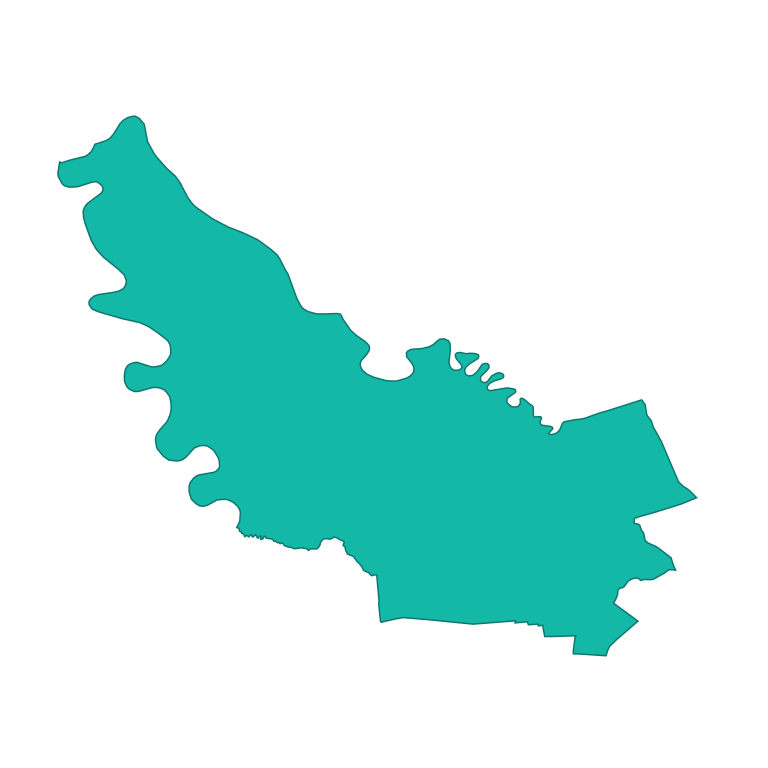 outline of Vi Thanh, Hau Giang, Vietnam, rotated 82°
{"feature_id": "81297802B29627750987730", "entity_name": "Vi Thanh", "entity_type": "district", "adm_level": 2, "iso_a3": "VNM", "parent_name": "Vietnam", "parent_adm1": "Hau Giang", "projection": "natural_earth1", "projection_center": [105.433, 9.753], "detail": "fine", "context": "isolated", "style": "filled", "palette": "teal", "viewbox_px": 768, "rotation_deg": 82, "n_neighbors": 0, "source": "geoboundaries", "source_scale": "gbopen_adm2", "svg_char_len": 6159}
<svg xmlns="http://www.w3.org/2000/svg" viewBox="0 0 768 768"><g transform="rotate(82 384 384)"><path d="M441.6,166.3L442.5,173.3L445.9,190.0L446.2,195.0L445.9,199.3L446.5,210.9L447.9,212.9L452.8,215.6L455.1,217.6L456.8,220.7L457.2,222.5L457.4,225.6L456.8,226.9L455.7,227.7L451.9,223.2L451.1,223.0L449.9,223.8L449.2,225.0L446.7,233.5L445.8,234.3L443.8,234.8L442.7,234.6L440.3,233.0L439.3,232.8L438.5,233.1L438.1,233.7L437.6,239.7L435.9,240.5L427.9,239.4L426.7,239.8L422.7,243.9L419.9,246.1L417.6,248.8L417.2,249.9L417.4,250.8L418.1,251.3L421.2,251.5L423.3,252.5L424.6,254.1L425.1,255.6L424.8,259.2L424.1,260.8L420.8,264.0L418.8,264.8L415.8,264.1L414.8,263.3L411.3,256.3L410.2,254.7L409.3,254.5L407.9,254.9L407.0,256.0L405.3,261.4L405.0,263.6L405.4,278.8L405.2,280.5L403.5,282.4L401.9,282.4L400.3,281.7L398.1,279.3L396.3,274.5L395.2,267.3L394.2,265.0L392.9,264.3L391.3,264.5L390.6,265.2L389.5,266.7L388.9,268.5L388.9,270.5L390.7,275.9L395.9,281.2L396.4,282.2L396.6,283.2L396.3,285.5L395.9,286.2L394.6,287.5L393.0,287.9L390.0,287.1L384.5,279.6L382.5,277.8L380.2,277.5L379.4,277.8L378.2,278.7L377.7,280.8L378.1,283.5L378.7,284.5L384.6,289.8L387.5,294.3L387.9,296.3L387.7,299.4L386.2,301.4L385.2,302.0L382.6,302.3L381.0,302.0L378.6,300.3L376.3,297.0L371.7,287.2L369.6,286.2L367.9,286.7L366.4,290.1L365.6,294.1L365.4,298.5L363.3,304.4L363.3,306.9L363.6,308.1L365.2,309.4L367.9,309.2L369.5,308.6L374.9,305.3L376.8,304.5L378.9,304.7L380.2,306.4L380.6,309.5L380.2,312.6L378.2,314.9L375.9,316.2L371.7,316.7L359.3,313.5L353.1,313.0L350.1,314.2L347.6,318.3L347.4,322.6L349.4,326.2L351.8,329.6L353.4,334.1L354.2,341.5L353.5,351.4L353.7,353.5L354.9,356.1L356.3,357.5L360.1,357.8L367.6,353.4L370.8,352.3L373.6,352.2L376.2,353.2L377.8,354.4L379.8,357.0L381.3,360.8L382.8,370.9L382.5,374.1L381.0,381.3L376.0,393.0L372.2,399.1L367.9,403.1L364.9,404.4L361.9,405.0L359.1,404.2L357.0,402.6L353.5,398.2L349.5,394.5L346.3,393.2L343.7,393.6L342.0,394.7L339.2,396.9L332.5,404.2L326.4,409.4L314.6,415.4L309.9,416.8L308.6,417.7L307.6,421.1L306.4,432.7L305.1,441.3L301.7,449.2L298.4,453.3L295.9,455.1L287.6,458.3L262.3,463.7L256.7,466.0L245.4,469.9L241.3,471.9L234.9,477.3L223.6,489.0L214.5,502.9L206.8,516.6L196.3,531.1L182.1,546.3L177.9,549.2L172.6,552.1L156.5,557.9L149.2,561.7L140.1,569.3L128.2,577.2L123.6,579.7L111.2,584.4L93.4,585.3L86.9,589.4L84.4,592.8L84.0,594.0L84.0,596.0L84.5,600.7L86.8,605.9L89.5,609.2L98.8,617.0L102.0,620.6L103.2,622.4L104.5,626.2L106.4,637.0L109.0,638.4L113.1,641.5L116.2,646.1L116.9,647.8L117.2,650.2L118.7,664.8L120.1,672.2L119.0,674.3L130.1,677.7L133.5,677.6L139.7,675.3L142.1,674.0L143.4,672.4L145.3,668.3L145.9,661.6L145.9,659.1L143.4,644.7L143.6,641.4L144.0,640.1L145.5,638.2L148.7,635.5L151.5,635.1L152.9,635.4L154.5,636.4L155.8,637.7L163.4,651.7L164.8,653.7L167.9,656.3L171.0,657.9L177.4,658.3L183.7,657.6L200.8,654.0L208.9,650.9L212.7,648.9L219.8,643.8L233.0,631.5L238.5,627.1L240.5,625.8L246.3,624.7L250.8,626.5L252.4,628.0L253.5,629.2L255.0,633.5L255.6,638.3L255.7,654.1L256.6,658.9L258.8,662.5L260.5,664.1L261.9,664.8L264.6,664.9L268.1,663.2L269.6,662.0L273.2,655.8L283.0,633.8L289.3,617.1L294.5,609.0L302.2,600.5L309.7,593.2L312.3,591.5L316.0,590.3L321.7,590.6L325.1,591.3L328.0,593.3L331.3,596.4L334.5,601.3L335.0,605.1L335.1,609.3L334.7,611.8L328.1,625.7L328.1,629.2L329.0,633.2L330.1,635.3L333.3,638.0L337.3,639.3L339.8,640.0L344.6,640.5L346.3,640.3L350.4,639.2L352.5,637.9L354.4,636.1L356.7,632.1L357.1,629.8L357.0,626.5L355.3,613.7L355.4,611.6L356.4,607.4L358.8,602.9L361.4,600.7L366.6,598.0L373.0,597.5L378.4,598.1L383.4,599.5L389.7,603.1L391.9,605.0L397.7,611.9L401.5,615.5L403.1,616.5L405.0,617.4L407.7,618.1L414.3,618.0L416.8,617.5L424.6,612.7L428.3,608.9L429.5,607.4L431.4,600.0L431.4,596.1L430.7,593.7L428.9,590.3L421.1,581.0L419.9,576.8L419.5,574.0L420.2,569.2L420.9,567.4L424.9,562.9L426.9,561.4L433.7,558.5L437.2,557.9L442.9,558.3L444.4,559.1L447.1,562.5L447.8,565.1L448.3,579.3L448.8,582.1L450.9,585.8L454.6,589.6L458.2,591.2L462.3,591.8L465.1,591.9L471.4,590.7L476.2,586.9L477.9,585.0L478.9,583.6L480.0,580.2L479.5,575.8L475.6,565.5L475.6,563.3L476.1,557.1L477.1,554.4L480.2,549.7L484.2,546.4L486.0,545.4L488.2,544.5L490.7,544.0L499.9,545.9L505.6,549.8L506.8,547.7L509.7,547.5L510.7,545.8L512.1,545.7L512.8,543.9L515.7,543.2L515.8,542.5L515.0,542.2L514.7,541.1L516.6,539.1L515.1,537.6L514.7,536.3L515.0,535.9L516.8,535.9L517.2,535.0L515.6,532.0L515.9,531.6L518.4,531.1L519.0,530.5L519.0,529.8L517.4,528.4L517.5,527.2L518.3,527.1L520.3,527.9L521.0,526.9L520.2,525.3L518.0,524.0L518.0,523.3L520.3,522.1L522.0,516.4L522.7,515.6L524.3,515.0L524.7,512.8L526.0,512.0L526.7,510.0L527.7,509.1L527.3,507.9L527.4,506.9L528.1,506.1L530.1,505.3L532.3,501.1L532.9,498.3L533.7,497.5L534.7,495.5L534.7,488.7L536.1,484.3L536.8,483.0L538.3,482.0L537.9,481.0L537.0,480.2L537.9,474.1L537.7,472.8L535.2,470.2L531.5,468.6L529.3,465.8L529.0,464.7L529.0,463.3L530.2,458.8L528.6,454.3L529.7,452.2L531.9,449.5L534.3,445.6L535.5,445.5L537.4,446.8L538.4,446.8L539.7,445.4L544.0,445.0L547.5,443.7L549.6,439.6L550.8,438.2L556.5,435.1L558.8,433.1L563.1,430.9L564.9,430.5L566.4,429.4L568.5,425.7L572.1,423.1L571.7,419.1L572.4,417.8L599.1,419.2L600.3,419.8L618.3,420.5L619.5,420.0L618.2,405.1L618.0,397.5L623.5,373.1L634.2,329.1L636.8,286.8L638.8,287.5L639.4,275.2L642.5,274.5L643.2,265.1L645.0,264.8L645.1,260.5L656.4,260.0L657.4,253.3L660.0,229.1L661.2,230.0L675.0,233.8L677.7,234.0L677.7,232.9L679.1,225.3L684.0,201.9L679.3,199.8L675.2,197.1L669.6,189.4L654.2,165.5L633.1,187.1L627.6,183.3L624.5,181.9L621.4,181.2L619.9,180.2L619.0,178.7L618.9,176.2L618.3,174.6L613.7,170.2L612.6,168.5L611.6,165.8L611.2,160.8L612.3,158.7L614.3,157.1L613.8,153.3L614.9,147.0L614.9,144.6L610.3,132.7L608.7,130.1L607.7,127.5L608.0,124.3L609.0,121.2L603.1,122.8L596.1,123.9L584.3,135.4L582.2,138.1L578.4,144.4L576.1,146.6L574.5,147.2L567.6,147.7L564.4,149.5L559.4,150.4L558.2,151.7L556.7,155.7L552.0,154.8L551.0,150.4L548.4,131.6L544.2,106.2L540.1,90.3L531.6,96.7L527.1,101.7L524.6,103.9L521.6,106.0L479.4,117.4L464.1,123.3L457.4,124.5L452.3,127.6L450.6,128.1L441.0,128.2L436.3,130.6L435.6,131.1L441.6,166.3Z" fill="#14b8a6" stroke="#0f766e" stroke-width="1.5"/></g></svg>